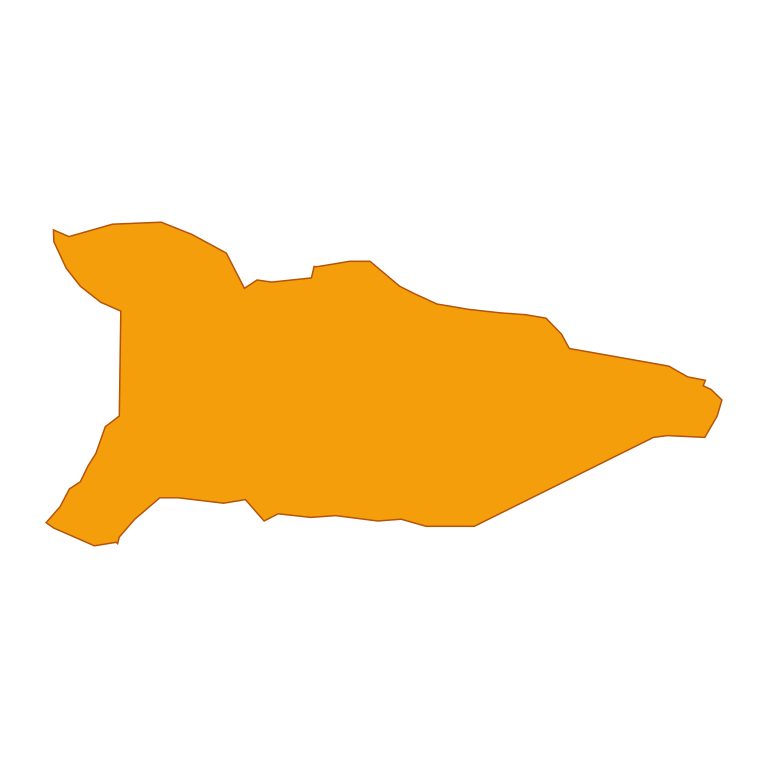 Morne Lastic, Soufrière, Saint Lucia
{"feature_id": "8701671B74106328276296", "entity_name": "Morne Lastic", "entity_type": "district", "adm_level": 2, "iso_a3": "LCA", "parent_name": "Saint Lucia", "parent_adm1": "Soufrière", "projection": "robinson", "projection_center": [-61.059, 13.867], "detail": "fine", "context": "isolated", "style": "filled", "palette": "amber", "viewbox_px": 768, "rotation_deg": 0, "n_neighbors": 0, "source": "geoboundaries", "source_scale": "gbopen_adm2", "svg_char_len": 946}
<svg xmlns="http://www.w3.org/2000/svg" viewBox="0 0 768 768"><path d="M314.1,266.5L311.4,277.9L271.6,282.1L257.1,280.0L244.4,288.3L226.3,253.1L192.0,234.5L161.2,222.2L112.4,224.2L69.0,236.6L54.5,230.4L53.4,229.8L53.9,241.8L66.3,268.4L80.3,286.2L100.6,302.2L120.8,311.1L119.3,416.0L105.3,426.7L95.9,453.4L88.1,465.8L80.3,481.8L69.4,488.9L60.1,506.7L46.1,522.7L53.9,528.1L94.4,545.8L116.2,542.3L117.6,543.6L119.3,537.0L134.8,519.2L159.8,497.8L178.4,497.8L223.6,503.2L245.4,499.6L264.1,521.0L278.1,513.8L310.8,517.4L335.7,515.6L377.8,521.0L401.1,519.2L426.0,526.3L474.3,526.3L653.4,437.4L667.4,435.6L704.8,437.4L717.2,416.0L721.9,400.0L711.0,389.4L703.2,385.8L705.4,380.3L698.1,378.9L687.7,376.9L676.9,370.8L669.0,366.2L569.3,348.5L561.5,334.2L546.0,318.2L525.7,314.7L500.8,312.9L468.1,309.3L436.9,304.0L413.6,293.3L399.6,286.2L370.0,261.3L349.7,261.3L317.0,266.7L316.1,266.6L314.1,266.5Z" fill="#f59e0b" stroke="#b45309" stroke-width="1.5"/></svg>